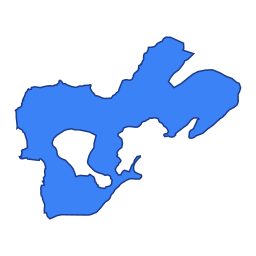 Hihifo, Vava'u, Tonga (Mercator projection)
{"feature_id": "48082658B37822051650309", "entity_name": "Hihifo", "entity_type": "district", "adm_level": 2, "iso_a3": "TON", "parent_name": "Tonga", "parent_adm1": "Vava'u", "projection": "mercator", "projection_center": [-174.028, -18.638], "detail": "fine", "context": "isolated", "style": "filled", "palette": "blue", "viewbox_px": 256, "rotation_deg": 0, "n_neighbors": 0, "source": "geoboundaries", "source_scale": "gbopen_adm2", "svg_char_len": 4593}
<svg xmlns="http://www.w3.org/2000/svg" viewBox="0 0 256 256"><path d="M165.9,37.2L163.4,38.8L162.4,41.1L160.8,41.7L157.4,43.4L154.8,46.5L151.8,47.2L148.4,47.4L148.2,49.7L147.2,51.8L146.5,52.9L145.1,53.1L144.4,53.7L143.7,55.3L143.6,58.2L143.6,59.7L142.7,60.7L141.2,64.7L140.7,64.4L140.7,64.8L138.7,65.7L138.6,67.1L139.1,68.4L138.4,68.6L138.3,70.3L137.2,70.8L136.8,71.7L136.1,71.9L135.4,72.7L134.6,73.1L133.4,75.3L133.6,76.4L132.8,77.5L132.1,79.4L129.6,80.3L126.8,79.7L124.3,80.0L122.5,80.8L118.9,89.7L118.5,91.5L116.4,92.8L115.1,94.7L113.0,95.5L111.4,98.1L105.1,98.5L102.8,98.2L101.0,97.4L97.6,96.0L95.7,95.7L94.6,94.8L93.9,93.4L92.3,92.1L91.4,90.7L90.4,88.6L90.2,87.0L90.8,86.3L90.9,85.1L90.1,84.7L88.5,85.2L86.9,85.3L84.2,85.4L82.7,86.1L79.6,86.1L76.0,87.4L72.2,86.8L68.2,85.3L66.6,84.7L65.2,83.6L63.1,83.8L61.9,81.7L60.1,80.3L59.0,81.0L59.0,82.9L57.2,84.1L56.7,85.2L54.7,85.0L53.7,85.8L51.8,86.1L50.0,85.7L45.9,86.2L40.3,87.6L34.8,86.8L31.4,87.5L31.4,89.1L28.8,89.6L28.5,89.0L27.9,89.4L27.1,91.3L25.8,92.5L25.0,95.0L24.1,97.3L23.0,99.1L23.6,100.0L22.8,100.3L22.5,100.9L22.6,101.7L21.6,103.9L22.0,104.8L20.8,107.0L18.2,107.9L17.5,109.4L16.4,109.4L15.4,110.6L16.2,111.5L16.3,117.7L16.6,120.2L17.2,126.0L17.0,128.4L18.2,127.4L19.6,128.7L22.2,129.9L23.2,132.3L24.5,132.9L25.5,136.1L27.0,140.9L27.4,147.7L23.9,149.6L22.5,149.7L21.6,151.0L22.0,153.0L21.4,155.0L21.4,156.8L20.4,156.3L19.4,156.7L20.4,158.4L22.3,158.8L25.0,158.2L26.8,157.8L27.5,159.0L37.5,160.2L39.2,160.3L39.8,158.9L40.8,158.8L43.5,161.5L44.7,163.5L45.9,168.3L45.1,168.8L44.6,171.3L45.2,175.7L43.5,177.7L43.9,181.3L42.5,181.3L42.5,181.8L43.5,181.9L44.2,185.1L41.5,185.4L40.8,188.1L41.0,190.8L40.9,193.4L41.3,195.7L42.4,197.0L42.7,199.4L44.8,204.8L44.3,209.2L44.4,212.9L46.3,212.7L47.5,216.5L50.0,218.8L57.1,215.6L61.2,214.7L85.6,215.0L88.6,215.0L91.3,214.4L96.5,212.2L98.0,210.6L100.8,207.7L103.4,204.2L105.3,202.0L108.4,199.9L110.0,198.1L111.2,194.7L113.1,192.9L114.7,190.0L117.0,187.8L119.2,185.9L119.9,184.7L121.6,183.2L126.8,180.0L130.5,178.6L135.6,179.0L139.7,179.0L141.6,176.9L141.4,175.0L137.9,173.7L134.7,171.9L133.7,170.0L133.6,166.4L135.0,162.7L138.6,158.4L140.2,157.1L140.3,156.0L139.0,156.3L137.1,156.5L134.4,160.4L133.8,163.0L131.6,165.6L130.5,168.8L129.1,171.8L124.6,170.3L123.2,171.0L121.7,173.0L120.7,175.0L118.4,174.9L115.4,170.8L115.5,169.0L116.7,166.5L118.4,164.8L119.1,162.7L120.4,162.1L120.9,160.3L118.6,157.5L116.8,156.5L117.6,154.8L116.9,152.6L118.8,149.6L121.7,147.5L122.5,143.4L121.7,139.1L117.9,135.7L118.5,133.3L122.4,131.2L123.9,127.8L127.7,126.6L129.6,126.5L135.1,127.1L137.5,127.1L139.3,126.0L141.0,124.2L141.8,122.5L143.5,121.4L145.2,121.2L146.9,120.0L148.7,119.1L149.6,118.0L151.7,118.3L154.9,117.7L157.9,118.5L158.5,119.7L159.5,122.1L161.7,123.0L162.9,124.3L164.1,126.3L166.0,127.3L167.5,129.2L168.4,131.8L167.1,133.6L164.4,134.0L163.8,135.3L164.9,136.6L168.6,136.0L169.5,136.7L171.9,137.1L173.0,136.8L174.0,136.5L175.6,135.0L175.4,133.8L176.7,132.6L183.3,127.5L187.1,124.8L191.1,119.8L193.9,117.9L194.4,117.9L195.0,117.9L197.0,118.0L197.8,118.0L198.8,119.1L197.4,119.7L196.3,122.5L193.7,128.4L192.4,129.5L190.6,130.5L189.4,132.1L189.2,134.5L188.9,137.0L189.9,138.1L191.8,138.1L193.7,137.6L196.1,135.8L202.7,133.3L207.4,129.2L212.8,125.3L217.7,120.8L218.7,119.9L219.0,119.8L219.3,119.5L219.4,119.2L219.5,119.2L219.7,118.7L220.2,118.6L220.3,118.4L221.0,118.0L221.7,117.8L223.8,116.0L223.7,115.5L224.9,114.8L225.7,114.0L226.5,112.6L228.5,110.8L229.2,109.8L230.9,109.0L234.0,107.3L236.9,105.0L238.1,102.1L238.2,98.7L238.0,94.8L239.6,91.2L240.6,87.8L239.2,83.5L236.1,82.0L232.0,78.5L226.2,76.4L219.9,72.8L212.4,69.8L205.6,70.1L198.0,71.6L192.9,74.2L187.8,78.2L181.3,83.5L176.2,86.4L173.8,87.6L171.7,85.0L168.5,81.8L169.5,79.6L170.5,77.7L173.9,73.4L178.5,70.0L180.9,67.1L183.4,63.8L184.8,60.8L187.7,59.5L190.6,56.7L193.7,53.7L183.0,50.2L183.8,48.4L183.5,43.2L170.4,37.3L165.9,37.2ZM59.0,157.1L57.3,154.9L56.7,150.6L55.4,147.9L53.1,146.0L52.2,143.6L52.5,141.4L53.8,138.2L55.2,136.9L57.1,135.1L59.4,133.6L63.9,130.7L65.9,129.8L69.0,129.1L72.1,128.9L74.7,129.8L78.9,129.8L83.8,130.8L89.5,132.0L96.2,135.4L94.1,143.3L94.0,147.6L90.4,152.9L88.8,156.5L87.6,161.3L87.9,163.6L90.1,166.5L94.8,171.1L98.7,172.9L102.3,173.8L105.2,175.4L107.4,174.8L110.6,176.3L110.7,178.7L112.2,179.8L111.4,184.3L109.9,186.0L105.9,186.9L104.9,188.5L101.4,188.0L98.0,186.8L98.1,185.2L96.7,184.4L96.0,182.4L94.6,181.5L95.0,180.3L93.9,177.1L89.8,174.3L88.0,176.0L83.6,175.7L80.2,175.4L75.7,176.6L74.7,172.8L73.0,168.7L70.4,165.3L68.8,163.9L65.5,160.3L61.5,158.7L59.0,157.1Z" fill="#3b82f6" stroke="#1e3a8a" stroke-width="1.5"/></svg>